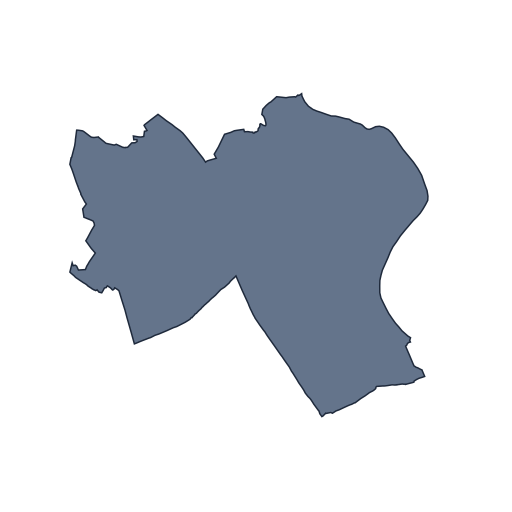 Vecsalienas pag., Daugavpils, Latvia, rotated 73°
{"feature_id": "27541924B65627914021645", "entity_name": "Vecsalienas pag.", "entity_type": "district", "adm_level": 2, "iso_a3": "LVA", "parent_name": "Latvia", "parent_adm1": "Daugavpils", "projection": "equal_earth", "projection_center": [26.809, 55.845], "detail": "fine", "context": "isolated", "style": "filled", "palette": "slate", "viewbox_px": 512, "rotation_deg": 73, "n_neighbors": 0, "source": "geoboundaries", "source_scale": "gbopen_adm2", "svg_char_len": 5935}
<svg xmlns="http://www.w3.org/2000/svg" viewBox="0 0 512 512"><g transform="rotate(73 256 256)"><path d="M95.9,319.0L97.9,324.3L98.4,324.9L104.1,323.5L104.3,324.9L104.1,326.2L108.9,328.4L108.6,331.2L107.8,333.4L105.4,338.2L109.1,338.9L109.9,335.9L111.7,336.2L112.3,338.3L112.3,338.6L112.1,339.5L111.5,341.7L111.8,342.3L114.4,346.8L114.5,347.2L114.5,347.4L114.2,348.3L114.0,348.7L114.2,349.1L114.2,349.3L113.4,350.9L113.5,350.9L113.3,351.4L108.3,357.0L108.5,359.1L104.8,365.8L104.4,366.4L104.3,366.6L103.7,367.0L102.7,367.6L99.3,369.9L96.4,371.9L96.1,371.9L95.9,373.1L95.5,375.2L95.4,375.8L95.3,376.5L95.1,376.7L94.8,377.5L94.5,378.2L94.4,378.5L94.1,378.8L92.9,379.8L91.8,380.6L91.7,380.7L91.2,381.0L89.1,382.5L86.5,384.4L85.7,385.2L85.3,385.9L84.0,388.6L83.5,389.8L83.4,390.1L83.2,390.7L88.5,393.1L92.2,394.8L93.4,395.2L97.6,397.2L107.2,403.1L108.0,403.7L108.0,404.1L113.9,407.2L119.3,406.7L124.5,406.5L132.4,406.3L137.1,406.0L137.1,405.9L139.5,405.9L143.4,405.4L143.7,405.4L144.9,405.2L145.7,405.5L154.2,403.9L156.7,403.0L160.3,408.0L168.7,409.2L172.9,403.9L174.9,401.6L177.1,401.2L179.5,401.5L183.1,405.5L189.5,411.9L191.7,414.3L200.7,411.3L202.2,410.6L206.2,408.8L212.7,417.0L214.8,419.2L216.3,420.9L219.1,423.1L218.1,427.4L217.5,429.9L213.3,430.5L211.9,431.6L211.8,433.7L208.8,433.8L216.8,438.6L217.0,438.7L218.3,438.0L221.7,435.8L223.7,434.8L228.3,431.1L230.0,429.7L230.8,429.1L231.3,428.6L231.7,428.3L232.3,427.7L232.5,427.5L234.0,426.3L234.4,426.1L234.9,425.9L235.7,425.4L236.2,424.9L236.7,424.6L237.7,423.7L238.3,423.2L239.2,422.6L239.5,422.3L239.9,421.9L241.0,420.9L241.2,420.7L241.3,420.3L242.2,419.5L242.2,419.1L242.2,418.5L241.9,417.9L244.7,416.7L246.1,414.3L244.2,412.2L242.3,410.3L242.4,408.3L241.6,407.8L241.1,406.8L244.0,404.4L246.3,403.3L246.7,402.9L246.2,401.5L245.1,400.4L247.6,398.2L249.2,397.2L251.1,397.2L258.5,397.2L269.5,397.1L277.1,397.4L292.9,397.7L304.5,398.0L304.2,394.5L304.0,392.8L303.7,389.4L303.2,382.4L303.2,380.7L302.3,375.8L302.2,371.6L301.3,362.8L300.4,356.1L300.3,352.4L298.7,343.3L298.1,340.9L297.2,337.6L296.4,336.5L296.0,335.9L296.3,335.4L295.6,334.3L294.1,331.7L293.8,331.6L293.3,329.6L292.9,329.1L291.4,326.4L290.4,324.1L289.1,322.2L289.1,321.9L287.6,319.2L287.5,318.7L286.3,316.2L285.6,314.5L284.8,313.2L283.4,310.4L283.1,309.5L281.5,305.9L281.2,305.5L277.8,299.5L276.6,295.2L274.0,289.6L272.7,287.9L270.6,283.8L270.7,283.7L269.2,281.0L276.4,280.2L284.6,279.3L292.8,278.2L299.3,277.3L301.3,277.2L304.1,276.9L305.8,276.7L306.0,276.6L310.7,275.9L310.9,275.9L314.5,275.1L315.0,275.1L321.7,273.0L322.2,272.9L328.9,270.6L331.4,269.6L333.8,269.0L335.9,268.4L337.1,268.0L339.6,267.2L343.8,265.8L345.1,265.4L346.5,264.9L357.4,261.4L359.5,260.6L364.4,259.1L371.9,256.6L376.7,255.7L378.4,255.1L386.6,252.9L389.7,252.2L394.9,250.5L396.7,250.0L398.0,249.6L401.6,248.9L405.5,247.4L407.5,246.3L408.6,245.8L410.1,245.3L412.1,244.7L414.8,244.0L415.0,243.9L417.3,243.1L422.2,241.4L422.4,241.2L422.7,241.1L425.5,241.1L428.7,240.0L428.8,240.0L428.8,239.8L428.7,239.0L426.9,235.6L427.0,235.6L427.5,230.2L428.7,228.9L428.0,226.3L427.6,225.1L427.5,223.7L427.4,221.4L426.6,216.0L426.0,211.5L425.8,209.6L425.8,207.9L425.2,204.7L425.4,204.2L423.1,197.9L423.0,197.7L421.6,192.5L419.8,187.4L419.2,183.9L418.8,182.5L417.8,180.3L416.5,179.7L416.0,178.7L417.3,173.0L417.9,170.9L418.4,168.0L419.0,163.5L420.0,160.9L420.4,159.2L420.2,159.2L420.6,157.4L421.2,153.5L421.6,152.7L422.3,150.6L422.5,150.6L422.7,145.5L422.8,143.8L422.8,141.9L421.8,141.3L421.0,138.3L420.8,136.9L420.6,135.9L420.6,132.8L420.5,129.9L413.7,130.6L413.4,130.6L413.1,131.0L412.9,131.3L412.1,132.1L411.7,132.6L410.9,133.3L410.4,133.8L409.7,134.7L409.2,135.5L408.7,135.8L408.2,136.2L407.7,136.6L407.4,137.0L404.2,137.4L395.1,138.3L392.7,138.6L387.1,139.2L385.9,139.3L385.4,138.0L384.3,137.1L383.4,135.6L383.4,133.5L381.7,133.7L379.3,132.1L376.9,134.2L370.2,138.3L365.5,140.2L361.0,142.3L355.9,144.0L349.8,145.9L344.0,147.0L336.7,148.2L332.7,148.8L327.4,148.4L320.7,146.4L315.6,144.7L311.1,142.2L306.5,139.3L301.8,135.2L296.2,130.3L291.6,126.6L287.1,122.3L283.4,117.4L279.0,112.1L275.1,106.3L271.5,100.7L268.0,95.2L265.6,90.6L263.0,86.4L259.8,82.5L256.3,78.7L253.0,75.5L249.1,74.1L243.5,73.3L236.3,73.7L227.3,74.0L219.6,75.7L212.3,78.0L205.0,81.0L197.0,84.3L190.6,86.3L183.9,88.2L178.1,90.3L173.8,92.7L170.2,96.3L168.0,100.1L167.3,103.8L168.0,108.5L168.0,110.6L167.1,112.6L165.3,114.2L161.9,116.1L160.3,117.6L158.5,120.4L156.5,123.4L152.4,127.0L150.6,130.7L147.3,135.9L145.5,139.0L144.1,143.1L141.3,147.0L137.8,151.7L135.0,155.7L133.7,157.2L132.5,158.7L128.1,162.1L122.7,164.3L119.9,164.8L116.5,165.3L114.1,164.9L114.9,167.3L115.0,168.2L114.3,168.8L115.6,171.6L115.0,172.5L113.8,177.6L113.4,181.0L109.7,189.7L111.5,193.5L113.2,197.2L113.2,197.9L113.3,198.2L113.6,199.1L115.0,202.2L117.6,206.6L122.3,209.0L122.5,208.8L122.9,208.8L123.2,208.6L123.7,208.3L124.2,208.0L125.4,207.7L126.2,207.6L128.0,207.5L128.4,207.5L128.7,207.6L129.2,207.6L129.8,207.6L131.8,207.7L132.1,207.8L132.8,207.9L133.6,208.2L134.1,208.7L134.2,208.9L133.5,210.4L132.6,211.3L131.9,211.9L131.0,212.7L130.8,213.1L130.9,213.4L131.2,213.8L131.7,213.9L132.0,213.9L132.3,214.1L132.5,214.1L132.6,214.3L133.0,214.4L133.3,214.7L133.6,214.9L134.2,215.2L134.2,215.6L134.5,216.1L135.0,216.7L135.5,217.0L136.0,217.0L136.5,217.2L136.8,217.5L137.0,217.9L137.1,218.0L137.5,219.8L137.4,220.1L137.2,220.2L137.2,220.3L137.2,220.5L137.3,220.9L137.5,220.9L137.6,221.1L137.8,221.3L137.8,221.9L137.7,222.5L137.4,222.8L137.2,222.9L137.0,223.1L136.8,223.1L136.6,223.0L135.8,225.2L134.7,227.3L133.8,230.7L131.3,230.7L130.2,237.7L129.9,240.1L130.4,243.9L130.4,245.1L130.4,250.5L140.9,260.2L146.4,266.2L150.9,265.4L150.9,267.1L150.8,272.3L150.8,274.8L151.5,276.8L146.5,278.3L134.4,283.1L134.1,283.2L122.7,287.7L120.3,288.7L117.0,290.1L113.9,292.0L109.5,295.4L109.4,295.5L105.8,297.9L100.3,302.3L97.1,304.5L91.9,308.3L94.3,314.8L95.0,316.7L95.9,319.0Z" fill="#64748b" stroke="#1e293b" stroke-width="1.5"/></g></svg>